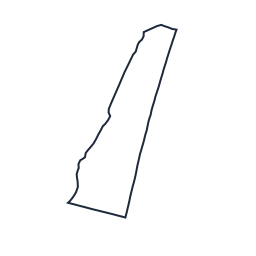 Balneário Arroio do Silva, Santa Catarina, Brazil (orthographic projection), rotated 334°
{"feature_id": "56859067B63306994549847", "entity_name": "Balneário Arroio do Silva", "entity_type": "district", "adm_level": 2, "iso_a3": "BRA", "parent_name": "Brazil", "parent_adm1": "Santa Catarina", "projection": "orthographic", "projection_center": [-49.466, -29.02], "detail": "fine", "context": "isolated", "style": "outline", "palette": "slate", "viewbox_px": 256, "rotation_deg": 334, "n_neighbors": 0, "source": "geoboundaries", "source_scale": "gbopen_adm2", "svg_char_len": 1314}
<svg xmlns="http://www.w3.org/2000/svg" viewBox="0 0 256 256"><g transform="rotate(334 128 128)"><path d="M41.3,168.9L60.6,185.5L75.1,197.6L86.4,207.3L88.7,204.6L91.6,201.1L95.3,196.6L97.7,193.6L99.7,190.9L102.0,188.1L104.5,185.1L106.6,182.6L109.1,179.8L111.4,177.1L113.5,174.5L116.6,170.5L118.9,167.3L120.7,165.0L122.6,162.7L125.0,159.7L127.7,156.3L130.0,153.9L131.9,151.7L134.6,148.8L137.3,145.7L139.3,143.2L141.3,140.9L143.9,138.2L146.3,135.0L148.5,132.1L151.1,129.1L154.2,126.0L156.9,122.4L160.3,118.6L163.4,115.4L166.4,111.8L170.3,107.8L172.5,105.6L175.0,102.9L177.7,99.8L180.3,97.0L183.1,94.0L185.7,91.0L187.9,88.7L190.9,85.6L193.8,82.3L196.8,79.2L200.1,75.7L203.0,72.8L205.2,70.5L207.2,68.4L209.2,66.5L212.0,63.5L214.7,60.9L210.9,58.1L208.1,55.0L205.2,52.2L203.1,49.9L198.7,49.1L184.2,48.7L182.3,52.3L179.4,54.6L175.9,55.6L173.3,57.4L171.1,59.8L168.6,62.6L164.7,64.3L159.1,68.7L155.7,71.4L149.6,76.1L138.8,85.5L133.6,89.9L122.7,99.2L119.0,102.6L117.4,105.5L117.2,109.5L113.7,112.1L109.2,114.4L106.2,115.3L102.5,118.1L98.5,120.8L95.6,123.1L93.1,124.9L90.1,126.9L85.4,129.0L81.7,130.6L79.1,131.9L76.5,135.4L73.8,135.9L70.9,136.1L67.6,138.8L66.2,142.3L63.9,144.5L61.6,147.0L60.4,150.2L59.3,153.9L57.1,159.0L53.0,163.1L48.1,166.1L44.0,168.1L41.3,168.9Z" fill="none" stroke="#1e293b" stroke-width="2"/></g></svg>